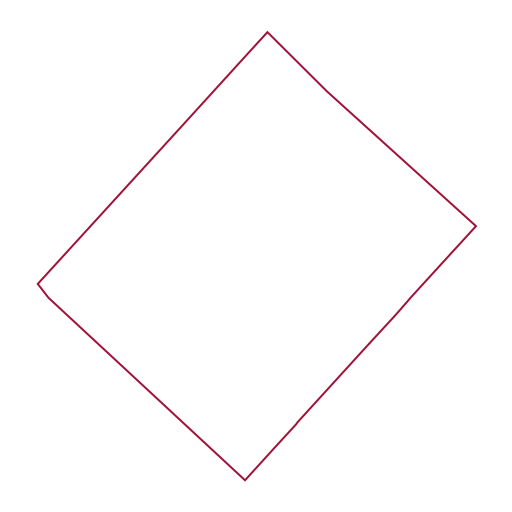 Union, Indiana, United States of America (Mercator projection), rotated 42°
{"feature_id": "52423323B55431880167171", "entity_name": "Union", "entity_type": "district", "adm_level": 2, "iso_a3": "USA", "parent_name": "United States of America", "parent_adm1": "Indiana", "projection": "mercator", "projection_center": [-84.88, 39.626], "detail": "fine", "context": "isolated", "style": "outline", "palette": "rose", "viewbox_px": 512, "rotation_deg": 42, "n_neighbors": 0, "source": "geoboundaries", "source_scale": "gbopen_adm2", "svg_char_len": 378}
<svg xmlns="http://www.w3.org/2000/svg" viewBox="0 0 512 512"><g transform="rotate(42 256 256)"><path d="M397.9,430.0L398.1,386.2L398.4,355.7L398.4,354.0L398.3,353.3L398.1,352.2L398.7,250.7L399.2,205.4L398.8,183.0L398.9,164.1L399.5,86.6L198.6,86.2L114.7,82.0L114.5,106.4L114.0,203.3L112.5,422.8L129.7,425.9L397.9,430.0Z" fill="none" stroke="#9f1239" stroke-width="2"/></g></svg>